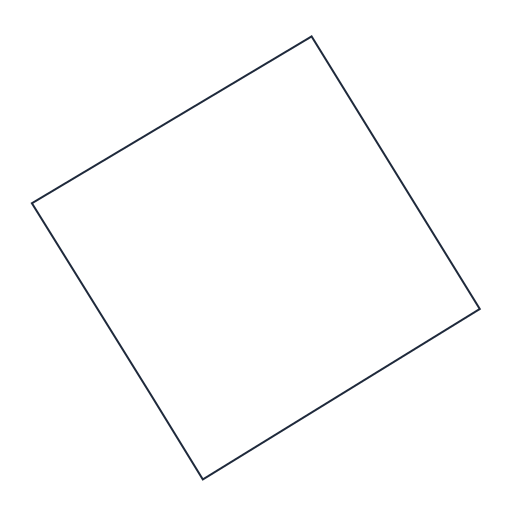 the district of Mitchell, Texas, United States of America, rotated 58°
{"feature_id": "52423323B74678572937686", "entity_name": "Mitchell", "entity_type": "district", "adm_level": 2, "iso_a3": "USA", "parent_name": "United States of America", "parent_adm1": "Texas", "projection": "orthographic", "projection_center": [-100.906, 32.307], "detail": "fine", "context": "isolated", "style": "outline", "palette": "slate", "viewbox_px": 512, "rotation_deg": 58, "n_neighbors": 0, "source": "geoboundaries", "source_scale": "gbopen_adm2", "svg_char_len": 242}
<svg xmlns="http://www.w3.org/2000/svg" viewBox="0 0 512 512"><g transform="rotate(58 256 256)"><path d="M419.5,94.3L99.2,92.5L99.2,95.2L92.5,418.1L319.4,418.7L417.3,419.5L419.5,94.3Z" fill="none" stroke="#1e293b" stroke-width="2"/></g></svg>